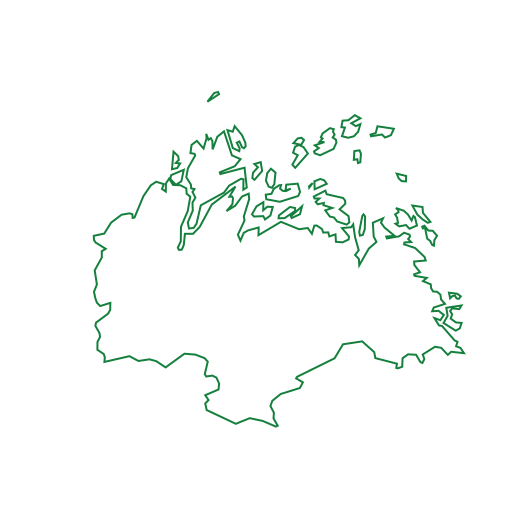 the border of Finland Proper, rotated 161°
{"feature_id": "FIN-3191", "entity_name": "Finland Proper", "entity_type": "Region", "adm_level": 1, "iso_a3": "FIN", "parent_name": "Finland", "parent_adm1": "", "projection": "orthographic", "projection_center": [22.144, 60.47], "detail": "fine", "context": "isolated", "style": "outline", "palette": "green", "viewbox_px": 512, "rotation_deg": 161, "n_neighbors": 0, "source": "natural_earth", "source_scale": "10m", "svg_char_len": 6116}
<svg xmlns="http://www.w3.org/2000/svg" viewBox="0 0 512 512"><g transform="rotate(161 256 256)"><path d="M319.8,354.0L323.1,350.0L320.3,346.3L317.6,353.9L312.9,357.5L311.3,350.2L304.5,347.5L299.9,342.7L301.3,337.4L298.8,333.5L306.0,320.6L317.4,308.1L322.3,294.4L327.2,289.3L326.8,286.8L324.1,286.2L320.7,289.9L316.0,300.1L308.3,297.5L299.8,301.8L281.1,319.0L252.8,328.3L261.9,320.7L259.2,320.0L259.0,317.9L261.5,312.6L269.2,308.1L259.3,310.3L249.8,316.8L242.6,317.3L243.9,312.0L254.7,297.3L255.3,293.3L266.2,282.0L265.7,275.6L260.0,281.9L255.0,282.8L244.2,282.1L246.9,274.9L221.3,280.2L206.6,267.3L198.0,265.6L195.9,258.8L191.0,265.7L188.7,265.1L184.8,260.0L184.8,256.3L180.0,254.8L180.3,250.6L173.8,250.6L175.8,243.4L169.6,240.7L163.0,241.5L161.7,244.2L165.6,254.4L156.6,252.2L153.8,254.3L156.2,241.6L157.0,228.0L162.0,224.7L159.7,219.7L161.4,213.6L146.9,226.3L137.5,230.1L138.4,236.1L134.7,249.4L123.6,250.3L127.0,246.8L125.2,241.0L118.4,229.9L126.5,232.0L126.5,230.0L114.2,228.0L108.4,229.8L103.9,226.2L104.0,224.2L106.6,222.6L104.8,218.7L111.2,220.5L112.2,218.8L102.9,211.7L96.9,200.2L97.0,196.5L108.3,199.3L109.2,195.9L106.2,187.2L112.5,187.2L112.5,185.6L101.7,179.7L106.3,177.9L100.0,172.3L100.9,168.6L100.1,164.8L96.4,163.2L94.2,159.3L95.2,154.7L92.9,149.2L104.7,149.4L107.4,146.4L101.2,144.7L97.6,139.1L102.6,135.3L107.5,139.2L105.6,130.8L102.9,129.3L95.7,111.5L93.4,109.3L96.2,105.5L92.6,102.5L91.0,96.4L102.6,101.9L106.8,100.1L110.8,108.9L116.3,111.9L130.4,108.6L130.4,103.7L133.5,100.7L135.1,102.1L136.8,110.5L144.2,113.5L150.7,111.6L153.8,103.7L158.4,103.6L159.8,104.5L157.8,108.3L176.4,120.6L175.5,126.6L183.4,140.7L202.5,144.2L215.0,133.7L256.5,128.4L257.9,127.2L252.8,121.3L257.5,116.9L277.5,117.5L287.7,113.8L291.2,109.5L290.1,102.0L292.3,96.7L290.7,88.5L292.7,88.2L303.4,97.9L314.7,104.7L329.7,103.9L352.8,126.4L352.0,133.1L347.8,135.2L349.3,140.9L334.9,142.0L332.4,147.3L333.0,153.9L336.2,157.1L342.3,158.3L342.9,161.0L336.0,171.8L337.9,176.2L345.4,182.5L355.5,186.9L377.7,180.1L384.6,189.1L390.4,193.0L401.3,195.0L408.3,202.5L433.8,205.2L431.9,209.5L431.9,212.9L436.5,219.0L433.9,226.3L429.8,230.3L429.1,234.1L430.6,242.3L428.9,245.1L414.7,249.6L411.4,252.5L409.0,259.1L419.6,259.4L421.6,263.6L421.7,267.8L420.9,274.8L415.7,280.9L413.2,294.9L402.2,304.9L400.3,310.7L395.8,311.7L403.3,321.0L404.0,323.9L402.8,327.9L392.2,326.6L382.2,334.7L369.6,338.8L361.6,337.5L359.3,335.7L360.2,332.2L358.4,331.9L342.9,349.3L332.4,357.1L326.2,358.7L319.8,354.0ZM291.7,321.9L301.7,305.9L305.7,302.9L310.4,303.8L309.6,309.9L301.0,319.5L298.7,327.1L294.3,331.0L295.2,337.2L292.4,339.3L295.3,341.1L294.3,344.8L296.3,353.2L291.8,361.1L280.8,370.8L280.8,372.6L284.5,374.6L280.8,382.0L274.4,384.1L270.6,374.7L264.4,383.4L263.3,387.7L263.1,381.3L260.4,382.2L259.8,378.9L262.3,370.9L253.8,381.3L245.7,384.3L246.0,359.0L239.1,352.6L246.9,347.8L263.0,346.9L263.0,345.1L238.1,343.2L242.4,323.8L246.4,322.8L242.9,332.6L245.0,333.9L258.4,331.3L265.6,326.4L291.7,321.9ZM182.0,293.4L169.1,295.2L169.1,291.4L154.8,282.5L153.7,279.4L154.6,276.3L161.8,272.9L155.5,263.6L156.8,257.4L160.1,256.2L168.0,262.2L169.7,267.0L173.3,269.2L175.7,276.6L168.3,276.6L175.7,282.1L174.6,284.1L180.8,284.8L182.0,287.7L177.4,289.7L182.0,291.4L182.0,293.4ZM196.6,299.0L215.8,299.5L227.8,306.3L226.8,310.8L221.1,309.8L217.3,313.7L211.2,315.3L209.2,314.9L211.3,311.9L209.6,309.0L206.6,307.6L201.2,308.4L206.7,308.4L204.2,313.6L193.0,310.8L193.5,302.2L196.6,299.0ZM147.8,332.0L162.6,330.4L167.1,334.0L167.1,336.0L161.5,337.6L164.4,341.5L154.2,341.4L158.8,343.2L154.8,345.4L156.1,347.0L153.0,350.3L144.5,352.8L141.2,350.6L142.7,348.5L142.2,345.1L144.9,343.1L142.6,340.1L143.0,337.1L147.8,332.0ZM114.4,346.7L119.0,340.2L124.5,337.3L130.4,337.8L135.7,341.3L130.1,348.5L133.3,350.0L130.1,355.8L124.5,354.3L116.7,357.0L112.5,352.2L122.7,350.5L119.4,346.3L114.4,346.7ZM102.0,231.8L104.1,236.4L110.9,237.4L113.6,241.1L111.0,241.1L110.1,246.2L110.9,250.1L107.0,251.0L106.6,253.1L108.1,255.8L101.5,250.7L98.8,245.7L97.3,238.9L94.1,242.6L93.1,241.0L93.9,232.4L102.0,231.8ZM237.3,369.4L236.4,363.2L237.7,360.6L242.8,365.6L242.0,384.3L237.5,381.1L233.9,385.7L229.9,374.9L229.2,366.6L230.0,363.2L232.2,361.8L233.8,363.5L234.4,369.7L237.3,369.4ZM92.9,145.1L77.8,142.3L81.1,139.6L87.5,142.6L90.4,140.8L89.5,137.0L92.3,133.5L88.6,128.1L83.4,125.8L86.9,121.2L91.5,120.4L100.5,131.6L94.3,137.0L92.9,145.1ZM234.3,296.9L229.3,298.9L224.2,296.9L229.2,289.6L235.6,287.6L236.1,291.3L245.1,294.0L246.2,296.8L239.3,302.8L231.5,304.5L234.3,296.9ZM190.2,326.6L191.9,330.5L183.7,337.7L187.3,341.6L183.5,346.6L179.2,347.0L175.6,343.4L173.6,336.0L190.2,326.6ZM95.4,326.0L97.4,329.9L108.2,331.7L108.2,333.5L102.8,333.3L98.9,339.1L84.2,331.4L89.1,326.3L95.4,326.0ZM210.4,328.5L215.3,318.0L218.7,315.3L221.4,317.4L222.1,323.9L218.4,330.7L213.5,333.7L210.4,328.5ZM308.5,349.4L312.0,356.8L309.8,360.1L296.2,361.0L302.3,350.9L308.5,349.4ZM91.7,252.8L82.6,248.1L84.1,242.4L80.0,231.5L82.8,231.5L86.5,236.3L90.0,242.7L91.7,252.8ZM89.3,229.6L86.9,229.8L84.8,224.0L80.7,222.3L78.2,216.2L82.2,212.9L84.4,207.8L85.8,209.1L86.4,213.5L88.5,216.7L87.0,227.3L89.3,227.8L89.3,229.6ZM222.5,334.4L232.6,328.5L234.1,330.9L231.7,335.7L225.3,339.3L227.6,343.5L221.0,343.2L222.5,334.4ZM222.4,284.3L221.1,286.9L207.9,291.3L203.4,288.6L204.3,285.9L216.5,282.5L222.4,284.3ZM176.5,307.6L170.2,307.9L166.9,305.4L165.6,301.2L178.8,300.0L176.5,307.6ZM301.9,364.8L307.2,365.4L300.0,381.5L297.1,375.7L297.7,372.0L301.5,370.1L297.6,368.2L301.9,364.8ZM150.6,245.1L142.5,259.2L140.8,260.4L140.0,257.8L144.4,246.0L148.1,241.2L151.1,241.4L150.6,245.1ZM128.7,314.5L132.2,315.1L128.8,323.2L123.7,322.2L123.5,318.5L126.9,310.6L129.3,310.7L128.7,314.5ZM177.1,346.4L183.9,350.5L178.3,353.6L174.6,353.0L172.8,350.0L177.1,346.4ZM209.9,280.3L210.1,282.2L196.3,288.0L200.8,281.2L209.9,280.3ZM238.2,421.1L251.7,417.7L242.3,423.8L238.5,423.4L238.2,421.1ZM93.9,279.4L95.8,282.9L96.1,288.0L88.0,282.8L89.9,277.7L93.9,279.4ZM83.3,154.2L86.2,152.8L85.5,158.5L78.0,154.8L75.5,151.2L78.2,149.5L80.2,150.6L80.8,153.8L83.3,154.2ZM183.1,304.7L178.7,306.5L183.4,303.3L183.1,304.7Z" fill="none" stroke="#15803d" stroke-width="2"/></g></svg>